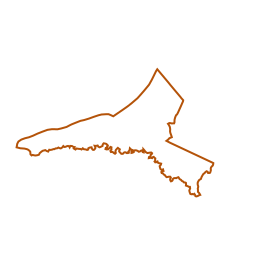 outline of São João do Carú, Maranhão, Brazil, rotated 25°
{"feature_id": "56859067B19402328850660", "entity_name": "São João do Carú", "entity_type": "district", "adm_level": 2, "iso_a3": "BRA", "parent_name": "Brazil", "parent_adm1": "Maranhão", "projection": "mercator", "projection_center": [-46.356, -3.5], "detail": "fine", "context": "isolated", "style": "outline", "palette": "amber", "viewbox_px": 256, "rotation_deg": 25, "n_neighbors": 0, "source": "geoboundaries", "source_scale": "gbopen_adm2", "svg_char_len": 4236}
<svg xmlns="http://www.w3.org/2000/svg" viewBox="0 0 256 256"><g transform="rotate(25 128 128)"><path d="M220.1,123.7L172.6,123.6L168.3,123.4L169.0,122.1L169.5,120.9L169.8,119.8L170.5,119.0L171.6,117.8L170.4,116.5L169.7,115.8L168.4,114.5L167.5,113.2L166.9,111.6L166.2,110.4L165.4,109.3L163.8,108.0L162.5,107.3L163.3,106.1L164.5,105.6L165.7,105.4L167.0,104.7L167.8,104.3L167.7,103.1L167.2,102.1L166.7,100.8L166.5,99.8L166.3,98.7L166.2,97.3L166.2,96.0L166.7,95.0L166.8,93.0L166.7,86.0L166.6,81.7L166.6,80.7L166.3,79.5L164.9,78.9L163.9,78.5L162.4,77.7L158.1,75.7L155.7,74.6L148.2,71.1L145.6,69.8L129.7,62.4L129.4,64.5L129.2,74.1L128.8,79.8L127.3,85.6L126.8,87.5L125.5,92.0L124.0,97.0L120.9,103.8L118.6,108.4L115.5,113.8L109.7,123.6L106.7,123.6L104.6,123.7L102.6,124.6L99.5,126.3L98.4,126.9L95.9,128.9L92.2,132.4L88.6,136.0L84.8,139.4L81.9,141.6L78.3,145.4L75.4,148.5L74.1,150.1L71.9,153.0L67.6,156.7L64.6,159.0L62.5,159.9L59.6,161.2L55.8,163.7L52.1,167.4L48.3,171.4L45.2,175.1L42.1,178.3L39.0,180.8L36.2,183.6L34.4,186.6L34.3,189.1L35.2,192.6L38.9,191.9L42.9,190.4L45.4,189.9L46.7,189.9L48.3,190.3L49.4,190.8L50.8,193.1L52.2,193.6L53.0,192.7L54.6,192.4L55.8,192.0L57.0,191.2L57.9,190.5L58.6,189.8L58.6,188.1L59.1,187.0L59.7,185.7L60.6,184.4L61.5,183.8L62.3,183.0L63.9,183.2L65.6,183.1L65.8,181.0L66.9,180.7L68.2,179.8L69.4,178.6L70.3,178.2L70.9,177.2L72.4,176.3L73.2,175.1L74.3,175.2L75.7,174.9L76.7,173.3L77.0,171.7L78.3,172.1L79.4,171.4L80.2,170.4L81.2,169.6L82.4,169.5L83.3,170.2L83.3,168.6L84.9,168.0L86.1,168.2L87.7,167.9L87.5,169.5L89.5,169.7L90.1,168.3L91.6,167.9L92.8,167.5L93.7,167.1L95.0,167.1L95.6,165.5L96.8,165.9L98.1,165.5L99.2,165.2L100.2,165.2L101.0,164.4L100.6,163.2L101.3,162.2L102.3,161.4L103.1,160.9L104.1,162.0L105.2,162.6L106.3,162.3L106.8,161.1L106.9,159.8L106.0,158.8L105.3,158.2L106.2,157.9L107.2,157.3L107.9,156.7L109.1,157.5L110.4,157.5L111.1,156.8L111.7,156.0L112.5,155.1L112.1,153.6L112.4,152.2L113.7,151.8L115.0,151.6L116.5,152.0L117.3,152.6L116.8,153.4L117.4,154.7L116.3,155.4L116.5,156.6L117.6,156.5L119.1,155.6L119.6,154.0L120.2,152.5L121.2,152.5L121.5,153.5L122.1,154.5L121.7,156.2L122.7,157.0L124.1,156.2L125.9,156.7L127.1,156.8L127.5,155.8L126.4,154.4L126.3,153.0L126.8,151.3L127.2,150.3L128.3,150.6L129.6,150.8L129.7,152.7L130.8,153.5L131.7,153.7L132.8,154.2L133.7,153.9L134.4,153.3L134.6,152.2L135.3,151.4L136.3,151.0L137.3,151.3L138.6,150.7L139.2,150.0L138.3,149.3L138.7,148.2L138.7,146.9L138.3,145.6L139.2,145.9L140.0,146.3L141.2,146.1L141.8,146.8L141.1,147.9L141.7,149.1L142.5,148.5L143.4,147.4L142.9,145.8L144.5,144.9L145.6,144.7L146.9,144.7L147.7,145.0L148.6,144.4L149.3,143.1L150.2,142.3L150.8,142.9L151.5,143.6L152.4,143.5L151.5,141.9L150.9,140.7L152.3,141.3L153.5,142.0L154.6,142.4L156.2,142.5L157.5,141.6L158.5,140.9L159.5,140.4L160.5,140.7L160.5,141.7L159.9,142.7L160.4,144.2L159.3,145.5L159.6,146.5L161.1,145.4L162.6,145.1L162.7,144.1L163.5,143.3L164.3,143.7L165.6,144.0L165.9,145.1L166.5,146.0L166.2,147.1L167.2,147.6L168.1,147.1L168.9,145.9L169.8,146.8L170.8,146.8L172.0,146.5L173.1,146.3L173.3,147.5L172.8,149.2L173.9,150.6L175.0,151.6L176.5,151.6L177.2,150.7L178.3,151.9L177.1,152.8L176.8,153.8L177.6,154.6L178.7,154.3L180.0,155.0L181.6,155.2L182.6,155.9L183.8,156.2L184.8,155.5L185.7,154.8L186.9,154.3L187.8,154.9L187.8,156.5L188.5,157.6L189.5,158.2L190.2,157.5L190.5,156.6L190.2,155.3L190.8,154.1L191.8,153.5L193.0,153.0L193.7,152.0L194.5,151.3L195.3,151.8L196.4,152.5L198.0,152.6L199.2,153.2L200.5,153.2L201.7,153.7L202.6,153.3L203.6,153.2L204.4,154.4L204.8,155.7L205.7,155.6L207.1,155.5L208.1,155.6L209.0,155.2L209.9,156.6L209.9,157.7L210.0,158.8L210.6,159.6L211.4,160.5L212.4,161.4L213.4,161.3L214.2,160.6L215.2,160.6L215.9,159.6L217.2,160.4L217.8,161.2L218.7,161.2L219.6,160.5L220.4,159.6L221.0,158.7L221.7,158.1L220.9,157.5L219.8,156.8L218.4,156.3L217.6,154.6L216.8,153.3L216.7,152.4L216.3,151.2L215.2,150.0L214.6,148.9L214.2,147.7L214.3,146.6L214.3,145.6L214.8,144.5L215.6,143.4L215.5,142.4L215.4,141.2L215.5,139.8L215.6,138.7L215.8,137.6L216.4,136.7L216.8,135.2L217.5,134.0L218.7,134.0L219.5,134.9L220.6,134.5L221.3,133.8L221.2,132.7L220.9,131.1L220.2,130.0L219.9,128.8L220.2,127.4L220.7,126.2L220.5,124.7L220.1,123.7Z" fill="none" stroke="#b45309" stroke-width="2"/></g></svg>